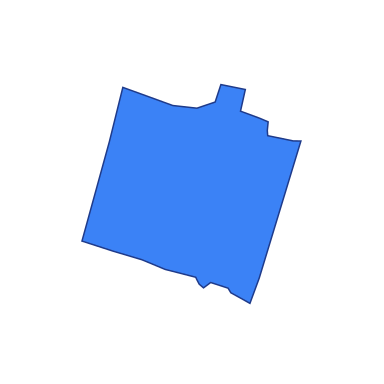 outline of Lolua, Tuvalu, rotated 329°
{"feature_id": "33948139B18682129171458", "entity_name": "Lolua", "entity_type": "district", "adm_level": 2, "iso_a3": "TUV", "parent_name": "Tuvalu", "parent_adm1": "", "projection": "robinson", "projection_center": [176.115, -5.674], "detail": "fine", "context": "isolated", "style": "filled", "palette": "blue", "viewbox_px": 384, "rotation_deg": 329, "n_neighbors": 0, "source": "geoboundaries", "source_scale": "gbopen_adm2", "svg_char_len": 515}
<svg xmlns="http://www.w3.org/2000/svg" viewBox="0 0 384 384"><g transform="rotate(329 192 192)"><path d="M72.4,177.4L94.1,202.3L114.2,224.3L129.1,244.5L151.3,267.0L151.0,269.6L150.7,274.7L152.5,280.1L161.4,279.2L173.4,293.0L173.4,298.4L178.0,306.3L184.3,317.3L205.2,300.5L311.6,204.4L305.0,200.3L285.9,182.7L288.2,178.1L293.4,171.1L288.2,163.9L275.2,147.7L290.5,131.6L272.1,114.8L258.2,126.8L239.4,122.7L220.1,108.0L186.6,66.7L147.1,106.3L72.4,177.4Z" fill="#3b82f6" stroke="#1e3a8a" stroke-width="1.5"/></g></svg>